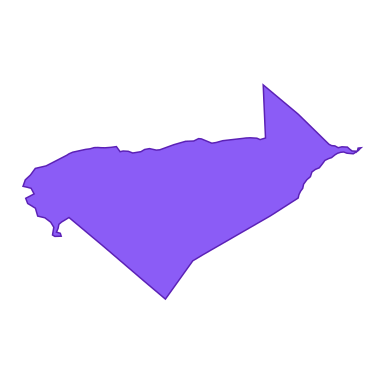 the district of São José dos Cordeiros, Paraíba, Brazil
{"feature_id": "56859067B13201418207131", "entity_name": "São José dos Cordeiros", "entity_type": "district", "adm_level": 2, "iso_a3": "BRA", "parent_name": "Brazil", "parent_adm1": "Paraíba", "projection": "albers", "projection_center": [-36.853, -7.428], "detail": "fine", "context": "isolated", "style": "filled", "palette": "violet", "viewbox_px": 384, "rotation_deg": 0, "n_neighbors": 0, "source": "geoboundaries", "source_scale": "gbopen_adm2", "svg_char_len": 1347}
<svg xmlns="http://www.w3.org/2000/svg" viewBox="0 0 384 384"><path d="M35.3,168.4L30.4,175.1L25.3,179.8L23.0,186.3L27.0,187.2L31.1,188.3L34.1,193.9L25.7,198.3L27.7,203.5L35.4,208.2L37.7,216.1L44.9,217.8L50.7,222.2L53.8,227.3L52.5,235.0L54.8,236.4L61.2,236.2L60.3,233.3L56.5,232.1L58.1,228.3L58.9,224.3L61.6,222.0L65.6,219.6L69.0,217.5L103.9,246.7L128.9,268.1L144.3,281.3L165.4,299.1L192.8,260.8L202.3,255.1L212.0,249.5L270.3,215.9L298.2,198.0L298.9,194.7L300.6,191.2L302.7,188.4L303.6,184.2L306.9,179.7L310.4,176.7L311.9,172.0L315.4,169.4L319.3,167.8L322.6,163.6L324.9,160.4L328.6,158.6L331.6,157.6L334.9,154.9L337.5,153.3L340.7,152.3L343.7,152.0L346.9,153.2L353.3,153.8L357.3,151.2L352.1,151.0L349.6,149.1L347.4,147.1L341.9,146.8L338.2,147.7L334.9,145.9L331.6,145.6L329.0,144.3L298.2,114.2L263.2,84.9L265.5,138.0L260.1,139.6L256.9,138.2L250.3,137.8L245.9,138.0L242.8,138.4L222.7,140.7L219.1,141.7L216.2,142.5L211.8,143.2L201.4,138.9L198.6,138.6L193.7,141.0L185.6,141.3L173.8,144.7L159.8,149.8L156.3,150.1L149.5,148.6L144.6,149.5L140.9,151.7L132.7,153.0L128.3,151.3L123.1,151.0L120.1,151.7L116.4,146.6L111.3,147.3L105.0,147.8L100.8,147.7L97.9,147.5L94.2,147.6L90.1,148.8L85.5,149.4L72.7,152.2L69.0,153.8L66.7,155.3L46.1,165.9L35.3,168.4ZM357.3,151.2L361.0,147.8L358.1,148.1L357.3,151.2Z" fill="#8b5cf6" stroke="#5b21b6" stroke-width="1.5"/></svg>